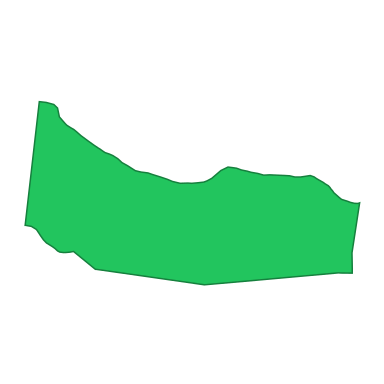 Fond Berange, Laborie, Saint Lucia (Equal Earth projection), rotated 89°
{"feature_id": "8701671B1991093639025", "entity_name": "Fond Berange", "entity_type": "district", "adm_level": 2, "iso_a3": "LCA", "parent_name": "Saint Lucia", "parent_adm1": "Laborie", "projection": "equal_earth", "projection_center": [-61.005, 13.783], "detail": "fine", "context": "isolated", "style": "filled", "palette": "green", "viewbox_px": 384, "rotation_deg": 89, "n_neighbors": 0, "source": "geoboundaries", "source_scale": "gbopen_adm2", "svg_char_len": 1455}
<svg xmlns="http://www.w3.org/2000/svg" viewBox="0 0 384 384"><g transform="rotate(89 192 192)"><path d="M172.1,136.5L171.8,138.0L170.8,142.3L169.0,147.0L168.3,151.3L167.7,155.6L171.0,162.7L178.7,172.0L181.1,176.7L182.3,180.0L182.9,186.2L183.3,192.2L183.0,195.9L183.1,203.7L181.1,211.4L178.9,216.4L176.4,223.4L173.9,231.0L172.2,235.6L171.6,239.5L171.2,242.5L169.7,248.3L164.7,255.8L161.4,261.5L157.6,265.4L154.2,270.5L152.6,274.0L151.1,278.2L149.4,280.7L147.5,283.2L146.2,285.3L143.1,289.7L139.6,294.4L133.7,302.1L130.1,306.0L127.6,308.9L125.2,312.8L123.0,316.1L121.3,317.7L114.6,323.3L105.7,325.0L104.4,326.3L102.1,328.6L99.9,336.2L99.0,343.1L222.4,359.4L222.4,359.0L222.9,356.7L223.3,354.6L223.5,353.3L226.5,348.6L227.2,347.9L232.2,344.7L232.6,344.5L237.3,341.3L237.6,341.0L240.4,338.4L244.0,332.8L246.0,330.1L248.6,327.4L249.8,325.2L249.9,324.2L250.3,321.6L250.3,319.3L250.0,315.1L249.4,311.5L267.6,290.0L267.6,289.4L276.8,232.0L285.0,181.3L280.8,122.0L275.4,47.0L275.6,44.5L275.9,33.2L271.2,33.1L255.6,33.1L221.7,27.3L205.8,24.6L206.3,26.1L206.3,26.4L206.2,29.5L205.8,31.2L205.1,33.9L204.1,36.3L202.2,42.0L201.9,42.7L200.0,45.0L195.2,50.2L193.2,51.5L191.2,53.2L190.0,53.9L188.1,55.6L186.0,59.0L184.9,60.3L181.9,65.4L180.6,67.5L179.0,69.7L178.5,71.1L177.6,73.5L178.3,78.5L178.9,83.2L178.8,88.9L177.5,94.1L177.1,99.4L176.8,104.4L176.2,113.9L176.4,120.0L174.6,125.9L173.3,132.7L172.1,136.5Z" fill="#22c55e" stroke="#15803d" stroke-width="1.5"/></g></svg>